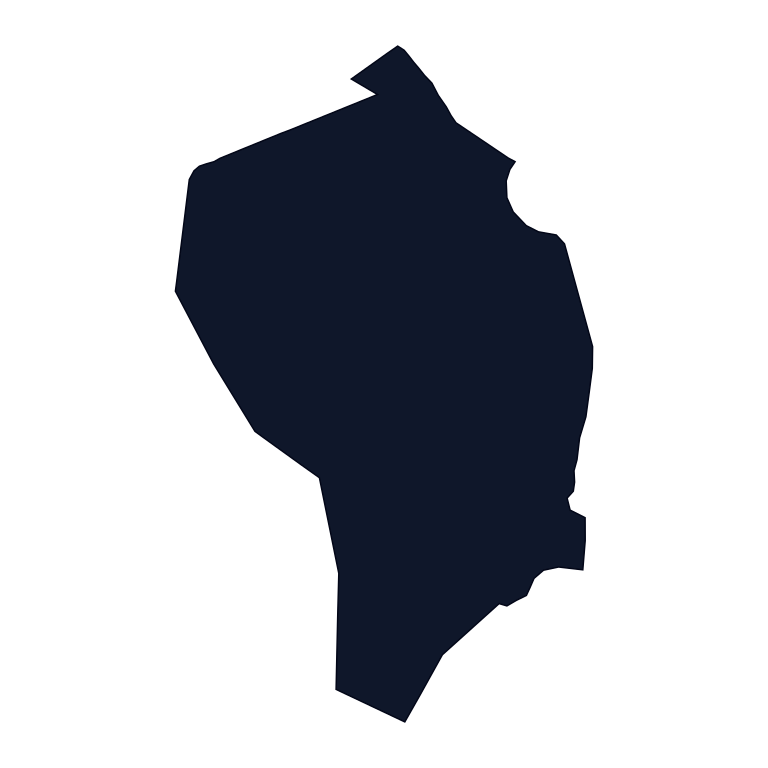 outline of Cocal dos Alves, Piauí, Brazil
{"feature_id": "56859067B52920655521033", "entity_name": "Cocal dos Alves", "entity_type": "district", "adm_level": 2, "iso_a3": "BRA", "parent_name": "Brazil", "parent_adm1": "Piauí", "projection": "equal_earth", "projection_center": [-41.408, -3.638], "detail": "fine", "context": "isolated", "style": "filled", "palette": "ink", "viewbox_px": 768, "rotation_deg": 0, "n_neighbors": 0, "source": "geoboundaries", "source_scale": "gbopen_adm2", "svg_char_len": 973}
<svg xmlns="http://www.w3.org/2000/svg" viewBox="0 0 768 768"><path d="M175.4,291.2L213.7,364.0L255.0,431.4L263.8,437.8L276.4,446.9L301.8,465.2L319.4,477.7L338.8,573.4L337.7,616.3L336.1,689.4L404.8,721.9L420.1,694.9L442.4,654.7L499.1,603.6L506.9,605.9L516.3,600.4L526.4,595.4L530.0,587.6L534.0,578.4L543.5,570.2L558.6,567.0L582.8,569.8L585.2,540.6L585.1,517.7L570.1,510.1L567.1,498.1L573.3,491.2L574.6,482.1L574.0,470.7L577.0,459.7L579.6,437.8L585.9,416.8L589.2,392.3L592.3,368.4L592.6,346.6L564.5,243.9L556.3,235.0L538.4,231.8L526.2,225.6L513.2,211.9L506.9,197.7L506.2,180.8L509.9,169.4L515.1,161.7L508.2,158.0L480.5,139.3L456.0,122.8L451.0,115.5L446.3,106.9L438.3,95.4L431.9,83.1L424.5,75.4L418.7,68.1L413.6,62.1L408.9,56.0L404.1,50.2L397.7,46.1L387.2,53.4L351.3,79.0L377.5,94.5L289.5,130.2L281.2,133.3L244.2,148.4L220.0,158.3L214.0,161.7L206.2,163.9L199.4,166.2L194.0,170.8L189.3,179.5L176.7,281.3L175.4,291.2Z" fill="#0f172a" stroke="#020617" stroke-width="1.5"/></svg>